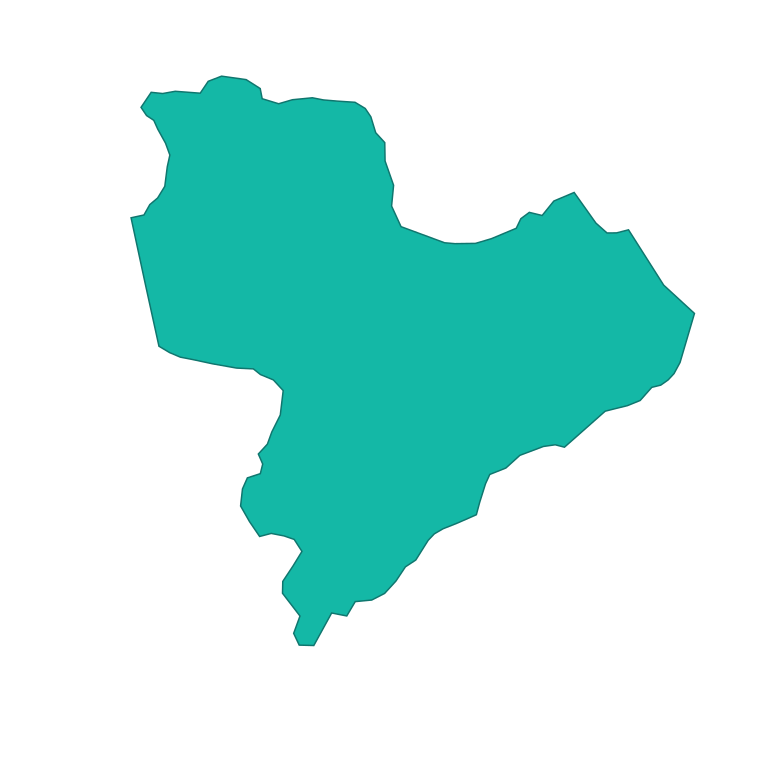 Santa Cruz, Paraíba, Brazil, rotated 191°
{"feature_id": "56859067B91012159546278", "entity_name": "Santa Cruz", "entity_type": "district", "adm_level": 2, "iso_a3": "BRA", "parent_name": "Brazil", "parent_adm1": "Paraíba", "projection": "orthographic", "projection_center": [-38.047, -6.532], "detail": "fine", "context": "isolated", "style": "filled", "palette": "teal", "viewbox_px": 768, "rotation_deg": 191, "n_neighbors": 0, "source": "geoboundaries", "source_scale": "gbopen_adm2", "svg_char_len": 1561}
<svg xmlns="http://www.w3.org/2000/svg" viewBox="0 0 768 768"><g transform="rotate(191 384 384)"><path d="M343.4,178.6L334.7,192.8L328.1,208.6L319.2,217.3L310.8,239.0L306.0,246.5L298.5,253.1L284.8,261.9L268.4,273.3L267.5,286.0L265.3,305.5L262.9,315.4L248.3,324.8L237.0,339.9L215.6,353.1L204.3,357.0L194.8,356.4L161.7,399.5L152.8,403.7L140.9,409.2L129.4,416.7L120.5,431.8L112.1,435.7L105.8,442.3L101.3,449.5L97.5,461.6L92.7,512.5L128.3,534.4L173.4,582.0L184.6,576.7L193.9,574.8L206.7,582.4L233.9,608.3L252.2,596.0L260.9,579.6L274.1,580.2L281.2,572.4L283.9,562.1L306.4,547.1L321.0,539.5L341.1,535.3L351.5,534.2L397.3,541.7L410.5,560.1L412.5,580.9L425.5,603.1L429.3,621.1L440.1,629.1L447.9,643.8L455.0,650.9L466.2,655.0L483.7,652.8L497.6,651.3L508.9,651.3L528.1,645.6L540.9,639.0L558.0,640.8L561.9,650.4L577.4,656.5L602.2,655.2L614.3,647.6L619.9,634.4L644.8,631.5L656.7,626.9L668.2,625.9L675.3,609.2L668.3,602.2L660.3,598.9L654.7,591.0L644.4,578.7L637.9,567.9L638.2,555.9L636.9,536.2L641.7,523.4L648.1,515.5L651.9,504.1L664.0,498.9L637.0,435.7L612.1,378.1L600.4,373.9L589.1,371.5L576.3,371.5L555.9,371.1L531.9,371.5L515.1,373.9L507.1,369.7L493.4,366.9L481.7,358.3L479.9,333.8L485.0,315.4L487.0,302.7L494.0,291.3L487.8,282.3L488.3,272.4L500.2,265.8L502.9,254.0L501.5,236.9L489.8,223.3L477.0,210.6L466.2,215.8L453.1,215.8L442.5,214.3L432.6,204.0L438.6,188.0L445.7,170.9L443.7,159.2L422.2,140.2L425.1,122.0L417.4,111.5L403.0,113.9L398.8,127.0L391.7,149.2L376.3,149.2L370.7,164.9L354.8,169.6L343.4,178.6Z" fill="#14b8a6" stroke="#0f766e" stroke-width="1.5"/></g></svg>